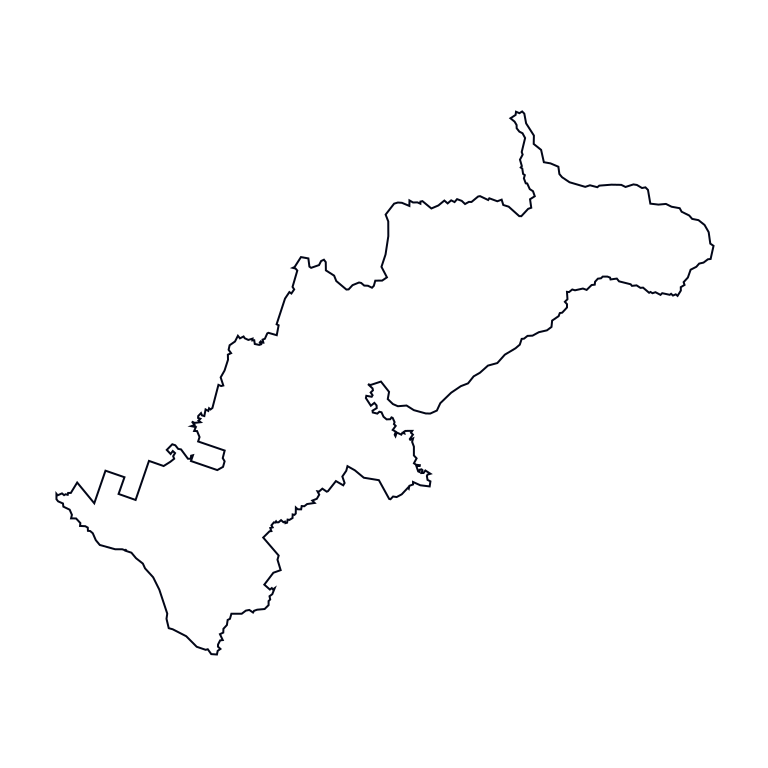 outline of Carterton District, Wellington, New Zealand, rotated 94°
{"feature_id": "76426892B89020441057678", "entity_name": "Carterton District", "entity_type": "district", "adm_level": 2, "iso_a3": "NZL", "parent_name": "New Zealand", "parent_adm1": "Wellington", "projection": "orthographic", "projection_center": [175.614, -41.054], "detail": "fine", "context": "isolated", "style": "outline", "palette": "ink", "viewbox_px": 768, "rotation_deg": 94, "n_neighbors": 0, "source": "geoboundaries", "source_scale": "gbopen_adm2", "svg_char_len": 6143}
<svg xmlns="http://www.w3.org/2000/svg" viewBox="0 0 768 768"><g transform="rotate(94 384 384)"><path d="M236.5,66.9L223.2,64.9L221.2,68.3L209.9,70.7L203.0,75.3L198.6,81.7L197.8,88.1L194.6,91.3L191.4,99.1L188.0,101.3L187.1,109.5L184.7,115.3L185.9,122.7L185.5,130.9L172.0,134.2L169.6,136.9L170.5,140.3L167.8,145.6L167.5,149.1L170.6,156.8L168.8,161.2L169.3,171.0L171.1,183.1L172.8,184.9L171.4,192.4L173.3,197.0L169.8,213.0L165.3,220.8L162.3,223.7L155.1,225.2L152.3,233.3L151.6,240.0L139.5,243.6L134.1,251.4L125.7,251.8L114.1,260.4L104.5,262.9L102.5,265.2L104.4,267.8L103.2,271.3L106.4,271.5L110.1,276.4L113.2,272.0L116.4,269.8L119.6,269.5L122.8,266.6L124.2,263.3L128.8,260.4L143.0,262.8L145.5,261.7L150.7,264.0L157.0,261.7L158.5,262.7L159.4,261.1L164.7,259.9L165.8,258.1L169.1,258.8L173.9,256.6L174.0,255.1L179.4,252.2L181.3,248.8L186.2,246.7L189.5,251.2L197.9,249.4L199.2,252.4L207.0,258.7L207.1,260.8L198.4,272.0L197.1,277.5L191.9,279.5L193.8,283.7L191.4,291.9L193.2,292.9L189.9,301.3L190.4,303.2L196.3,309.4L196.4,312.0L198.8,315.7L195.9,319.2L194.5,324.0L197.6,326.3L196.1,329.8L199.4,333.1L196.8,336.6L202.1,342.2L205.6,349.0L198.9,358.4L199.5,360.4L201.6,360.3L200.5,363.3L200.9,367.7L199.1,371.4L204.6,371.1L202.0,378.8L202.0,382.8L203.4,386.5L214.9,394.2L221.5,391.1L236.2,390.0L254.7,391.5L267.3,394.7L277.4,388.5L281.0,393.1L281.5,399.9L286.8,401.0L288.8,402.7L287.1,406.9L287.2,410.6L284.8,413.8L284.5,416.0L287.6,422.3L292.1,425.9L292.4,428.1L284.6,438.8L279.4,441.3L274.7,449.9L266.5,450.6L264.2,452.6L265.7,455.3L269.9,457.1L273.2,464.8L272.1,466.6L264.0,468.2L263.2,475.7L273.5,481.3L274.5,483.1L275.0,480.3L276.9,478.4L293.5,482.0L295.9,480.2L300.2,482.7L298.9,484.8L305.7,488.7L331.9,495.3L332.8,493.2L342.8,494.4L341.0,502.9L341.7,504.0L347.2,506.0L348.2,508.2L351.2,507.2L351.4,508.7L350.1,509.9L351.2,510.8L353.0,509.5L353.7,511.2L353.1,515.7L349.4,516.5L349.7,518.4L347.9,518.3L349.5,522.4L348.1,526.1L346.4,527.4L348.5,530.9L346.1,533.1L352.0,535.6L356.1,540.7L360.7,541.4L363.9,538.7L365.6,541.8L370.7,541.3L381.7,544.0L388.8,547.4L396.7,544.2L397.4,546.3L396.4,549.1L419.9,553.5L421.5,555.3L420.4,556.8L423.1,557.4L421.8,560.2L428.5,561.0L428.0,563.4L425.8,564.5L428.9,567.1L430.8,567.1L431.5,564.8L433.4,566.5L434.9,564.3L436.0,570.2L434.9,573.0L438.1,570.0L439.5,573.3L440.1,568.7L444.1,570.1L444.0,567.2L449.8,564.3L454.3,565.4L461.5,538.3L469.2,539.7L472.2,537.6L477.9,538.8L481.5,544.3L474.3,571.2L468.4,569.6L469.0,571.4L472.0,571.5L472.2,574.4L463.4,581.9L463.1,584.8L459.7,587.9L458.9,591.0L464.9,596.1L468.7,592.0L465.6,590.0L467.5,587.6L470.7,589.3L473.2,588.1L476.5,591.7L481.2,598.1L477.1,613.1L517.0,623.7L512.2,641.1L495.1,636.4L489.9,655.8L523.2,664.7L503.7,683.2L514.5,688.8L514.7,691.5L516.6,691.8L516.2,693.9L517.2,695.4L515.6,697.6L517.8,701.8L516.4,703.1L521.8,702.7L523.8,700.9L525.6,695.9L528.7,695.3L531.3,688.8L536.3,686.2L539.9,686.8L539.6,681.8L543.9,677.2L546.8,677.3L546.7,672.1L547.9,669.5L551.1,669.1L551.2,666.8L553.2,664.1L559.9,660.6L564.4,656.3L567.6,640.7L567.1,633.7L568.0,630.3L567.5,630.0L567.0,629.4L568.4,630.1L569.9,624.2L575.1,619.2L580.0,612.0L584.6,609.5L592.9,600.8L604.8,593.8L628.2,584.2L633.4,584.6L642.6,581.7L643.4,577.7L649.4,563.7L659.2,552.5L661.6,543.4L660.9,541.3L665.5,537.5L665.5,531.8L661.8,531.3L659.7,528.7L657.6,531.3L655.5,531.4L651.2,529.6L650.7,527.0L645.0,530.2L643.2,527.0L639.4,527.1L635.4,523.9L630.3,523.5L629.0,521.3L623.8,520.2L623.1,509.9L619.7,506.0L618.8,502.6L621.1,498.7L619.3,497.8L618.0,494.8L616.8,487.4L612.6,483.7L608.6,484.0L606.9,482.5L603.7,483.4L601.5,480.8L595.3,478.8L596.7,480.5L595.4,481.7L597.0,483.5L592.5,489.4L580.0,481.2L576.9,474.1L566.7,478.0L562.5,477.1L545.6,493.8L538.9,487.9L538.6,486.1L535.6,487.4L534.8,485.1L532.8,486.4L529.7,484.2L529.9,483.0L528.5,482.1L529.5,481.3L529.3,479.5L527.0,477.2L528.9,474.7L528.2,473.2L529.7,472.7L529.1,471.0L526.0,470.7L526.2,468.9L524.1,465.9L520.5,466.0L520.8,464.2L519.4,463.0L513.4,463.3L515.0,461.3L514.8,457.9L511.5,457.6L511.5,455.0L509.1,452.3L507.5,444.9L505.3,447.4L503.2,443.0L498.9,440.9L495.7,442.9L495.8,441.3L492.7,438.2L495.4,433.6L494.8,432.4L484.2,425.2L487.9,417.6L485.5,416.4L479.2,419.1L473.2,415.6L468.5,414.7L472.1,407.1L478.9,397.6L480.3,382.4L498.3,370.8L498.5,369.5L495.6,367.1L495.9,363.5L492.8,358.6L485.7,352.8L486.6,352.0L483.8,351.6L482.2,348.0L479.7,348.2L482.5,340.7L483.0,331.3L477.9,330.9L476.6,333.9L472.8,334.8L471.4,334.3L470.3,331.4L467.4,336.7L470.0,338.3L470.2,340.3L467.3,339.6L466.5,340.6L467.0,342.4L469.3,342.4L468.8,343.8L463.6,346.0L463.3,342.7L462.5,342.6L462.3,346.4L461.0,348.6L455.9,346.3L453.2,349.2L444.4,349.8L439.8,351.9L436.3,351.2L437.8,353.9L437.1,354.4L432.5,351.6L430.7,353.7L428.8,352.6L429.3,359.4L430.2,360.7L431.9,360.2L431.3,362.2L433.3,363.2L431.5,367.9L435.3,368.9L433.9,369.8L430.8,368.9L429.2,372.1L425.0,369.4L423.3,371.3L421.3,370.8L417.2,373.0L416.8,374.2L418.7,375.3L419.1,378.9L416.7,382.2L412.4,384.5L412.0,386.7L414.0,388.6L413.2,393.2L411.4,393.6L408.6,389.6L405.9,389.9L403.5,392.3L406.6,395.6L399.3,401.1L397.0,400.8L397.6,395.4L396.0,394.6L393.4,396.7L391.1,394.6L389.2,395.1L385.3,399.9L385.9,397.3L381.8,387.2L391.5,378.4L398.8,379.2L403.4,373.7L405.2,368.6L403.9,360.0L408.0,352.4L410.5,340.1L410.2,335.7L406.8,329.4L399.2,326.5L388.0,316.4L380.8,307.2L377.5,300.2L370.1,295.1L366.1,289.1L358.4,281.6L355.2,272.4L346.3,265.5L339.2,255.3L335.3,251.3L329.4,249.8L329.0,247.5L326.0,244.2L325.4,239.2L321.5,233.1L319.1,225.2L315.4,220.9L309.0,220.7L304.1,214.5L301.0,213.6L300.4,211.2L294.9,206.8L291.6,207.0L289.4,209.3L286.6,206.9L279.3,207.9L279.4,205.8L276.6,202.8L277.2,200.0L274.9,192.2L276.0,188.4L270.8,183.8L270.2,180.7L267.3,180.6L264.0,178.0L263.4,174.9L261.6,173.3L261.3,168.5L262.1,165.9L263.9,165.3L262.6,159.1L265.2,156.7L267.3,144.9L268.8,143.5L268.0,138.9L270.2,134.9L269.8,132.3L274.5,125.9L273.6,124.6L274.7,122.5L273.5,119.6L275.8,114.4L274.0,112.8L275.1,105.2L274.0,103.9L275.6,101.9L274.2,99.2L275.6,97.3L270.1,94.4L266.7,94.7L264.2,91.1L261.5,92.2L256.6,88.3L248.6,86.1L245.3,80.6L241.9,78.0L240.6,73.7L237.0,69.6L236.5,66.9Z" fill="none" stroke="#020617" stroke-width="2"/></g></svg>